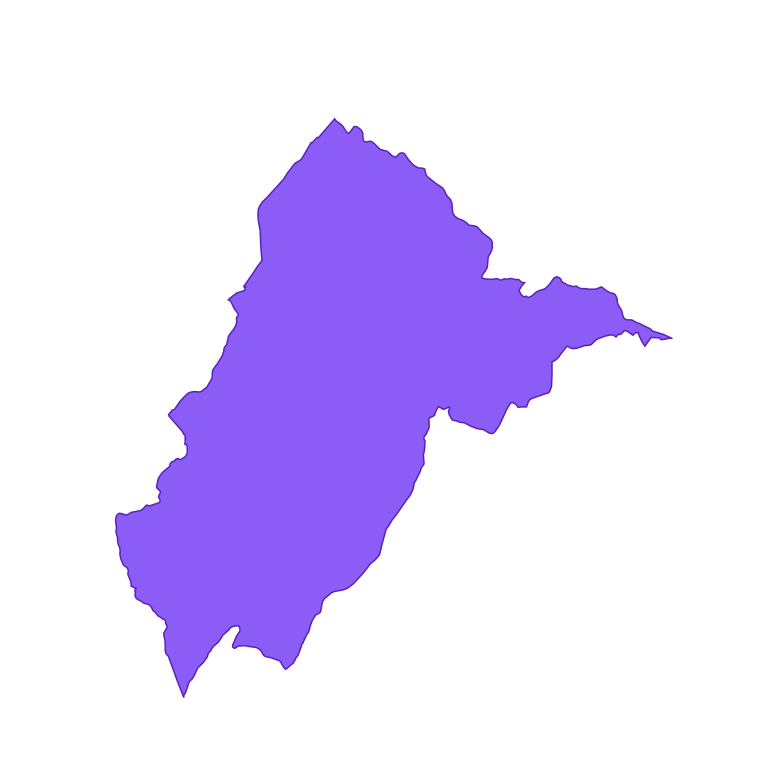 Cucunubá, Cundinamarca, Colombia, rotated 349°
{"feature_id": "7082276B75127006220699", "entity_name": "Cucunubá", "entity_type": "district", "adm_level": 2, "iso_a3": "COL", "parent_name": "Colombia", "parent_adm1": "Cundinamarca", "projection": "robinson", "projection_center": [-73.78, 5.231], "detail": "fine", "context": "isolated", "style": "filled", "palette": "violet", "viewbox_px": 768, "rotation_deg": 349, "n_neighbors": 0, "source": "geoboundaries", "source_scale": "gbopen_adm2", "svg_char_len": 6143}
<svg xmlns="http://www.w3.org/2000/svg" viewBox="0 0 768 768"><g transform="rotate(349 384 384)"><path d="M386.2,114.3L366.6,129.7L365.5,129.1L359.4,133.5L358.5,133.1L346.0,147.5L342.5,149.1L340.0,149.8L337.8,151.1L329.8,158.2L323.9,164.3L304.2,179.0L299.8,181.8L296.1,185.3L293.9,188.7L292.5,193.9L291.8,199.1L291.7,209.7L289.3,225.6L287.8,239.1L286.7,240.5L283.0,243.6L277.2,249.6L264.9,261.6L265.4,262.3L266.6,262.4L265.1,265.1L264.5,265.7L257.1,266.5L251.0,269.4L247.2,271.6L248.4,272.6L249.5,274.2L251.4,281.4L254.3,287.5L254.3,288.1L251.8,290.9L251.3,295.0L249.4,298.7L246.8,301.6L241.2,306.6L239.9,308.6L237.2,315.1L234.5,317.5L233.6,319.0L233.0,321.2L230.1,326.1L224.2,332.4L219.2,336.9L217.9,339.2L216.6,344.5L216.0,345.9L209.5,353.3L204.1,356.1L202.4,356.6L200.5,356.5L197.2,355.4L194.5,355.1L190.8,355.3L187.1,357.3L180.4,362.1L173.5,369.0L170.9,369.3L170.0,370.3L166.7,372.9L166.8,374.4L177.0,392.1L177.7,394.9L179.0,396.3L177.7,403.3L177.0,404.6L177.2,405.4L177.9,405.6L178.7,406.7L178.8,408.6L177.7,414.1L176.5,416.0L174.8,417.5L170.0,419.4L169.3,419.4L168.0,418.1L166.8,417.8L165.4,418.1L163.0,419.8L160.8,419.9L158.9,421.5L157.8,424.0L149.5,428.6L144.8,433.1L142.9,436.8L141.0,442.1L141.0,442.5L143.8,446.4L143.9,447.4L143.6,448.2L141.8,450.4L141.2,451.6L141.2,452.8L141.9,454.3L142.1,455.7L141.8,456.4L140.6,457.6L130.3,458.9L129.8,458.7L129.0,457.9L128.0,457.7L127.0,457.9L123.9,460.4L121.6,461.6L119.2,461.8L111.5,461.8L106.2,463.6L101.3,461.0L99.5,460.4L97.6,461.1L95.8,463.0L94.4,467.0L93.9,474.6L92.9,477.0L92.6,479.2L93.1,483.9L92.6,487.3L92.5,490.8L93.2,493.3L93.3,495.1L93.1,497.6L92.2,500.9L92.4,506.0L93.4,511.1L94.8,513.5L96.6,514.9L97.2,516.9L97.4,519.0L96.7,520.2L96.3,522.3L97.6,529.0L97.6,532.7L97.2,534.3L97.9,534.4L100.6,537.0L101.7,537.2L100.0,539.4L100.0,541.7L99.2,544.5L99.6,546.3L100.8,548.3L104.6,551.2L106.6,553.5L109.7,554.9L111.9,556.5L113.0,558.7L114.1,562.5L115.9,564.5L117.6,568.1L120.2,570.4L122.2,572.7L124.1,573.9L124.1,577.5L124.9,580.6L124.3,582.0L120.4,586.2L120.0,588.6L120.0,595.2L118.4,603.9L118.4,605.4L118.5,607.2L120.4,610.1L124.9,638.8L127.7,653.7L127.9,651.6L129.8,649.6L132.0,646.3L135.3,640.2L136.4,638.9L139.5,636.8L141.4,634.8L147.1,627.1L153.3,623.1L158.5,618.2L160.0,615.0L160.6,614.4L162.8,613.0L164.4,610.9L167.0,608.7L172.1,605.8L175.4,602.7L177.6,600.0L184.7,595.8L187.1,593.8L190.4,593.1L194.7,593.4L195.1,593.8L195.8,595.4L195.8,597.2L195.4,599.0L191.1,603.4L185.7,611.3L185.3,612.5L185.4,613.5L186.1,614.4L187.2,615.0L190.9,613.5L197.5,614.3L201.7,616.0L208.4,618.3L210.2,619.7L212.3,622.3L214.0,627.1L215.3,628.8L219.9,630.7L228.4,635.5L229.4,637.0L231.4,643.0L233.0,645.2L234.1,644.9L239.1,641.9L241.5,640.8L244.1,637.9L245.2,636.1L247.9,633.8L252.9,625.6L253.3,624.0L254.8,623.1L255.7,621.6L260.2,615.5L263.0,612.6L265.9,606.6L268.5,602.4L272.2,598.4L273.6,597.4L275.3,597.2L278.3,595.5L281.4,587.5L282.4,585.6L284.6,583.3L292.7,578.9L295.4,578.2L304.8,578.3L309.2,577.5L316.1,574.1L328.3,565.0L336.5,557.8L341.3,555.2L346.3,551.4L347.7,549.4L351.3,541.3L358.4,526.9L361.8,523.9L365.8,519.2L371.3,514.5L383.9,502.2L388.4,498.2L392.1,493.4L395.0,486.6L396.4,485.3L403.0,476.6L404.4,473.7L408.1,470.0L409.1,461.3L411.4,455.7L413.2,448.6L413.4,447.8L412.8,446.2L412.8,444.4L414.1,442.7L416.4,440.8L416.6,439.9L419.7,436.0L420.5,433.2L421.3,427.5L422.1,426.0L426.4,424.9L427.7,424.2L428.8,422.0L432.6,416.9L433.1,416.7L433.8,417.1L434.3,417.8L435.5,418.3L436.6,419.7L437.9,420.2L440.6,419.8L442.7,419.1L443.6,419.2L444.1,420.0L442.7,421.9L442.0,423.7L442.2,426.6L443.8,431.8L445.1,432.9L448.4,434.1L451.0,436.0L455.5,437.4L461.5,442.3L464.2,443.7L466.4,445.4L472.3,447.5L473.6,448.3L477.6,452.0L479.6,453.0L480.9,453.3L482.1,453.0L484.1,451.7L489.5,446.4L499.4,432.5L503.6,427.9L505.2,426.6L506.8,426.8L509.7,429.2L511.2,432.5L514.4,432.7L519.5,433.7L522.3,429.0L523.8,427.5L525.6,426.7L527.3,426.2L535.9,425.1L538.7,424.5L543.2,424.2L544.9,423.3L545.5,422.7L548.0,418.2L550.6,407.4L553.1,394.4L556.2,393.6L560.1,391.4L562.8,388.7L570.6,382.1L571.3,381.9L574.7,384.7L576.8,385.5L581.0,385.6L587.9,384.6L593.8,385.1L594.9,384.8L600.4,381.3L602.8,380.4L610.3,379.2L615.7,379.1L618.2,379.6L620.7,382.1L623.8,379.8L624.1,380.2L625.2,380.4L626.5,380.1L629.9,377.7L631.2,377.7L632.7,378.5L637.7,383.6L640.5,381.8L643.3,382.1L643.6,385.0L645.3,391.5L647.3,396.6L655.1,389.3L663.3,391.3L663.8,392.5L664.7,393.5L674.1,393.6L675.8,394.5L667.7,388.6L657.2,383.0L656.6,381.4L655.5,380.4L646.5,373.5L644.3,372.4L639.5,368.4L634.4,367.3L633.1,366.3L632.0,364.9L631.6,363.4L631.3,357.1L630.3,354.8L628.8,349.9L628.6,348.8L629.1,344.7L628.0,340.4L626.6,339.0L623.7,337.8L620.0,334.8L617.0,331.1L615.7,330.2L610.6,331.2L608.7,331.1L603.0,330.0L600.3,328.9L595.7,328.0L593.4,326.5L591.4,324.5L588.1,324.5L586.4,323.3L583.2,322.1L580.8,319.7L579.2,318.7L577.8,316.6L577.8,315.7L576.5,313.1L574.5,312.2L574.2,311.6L571.0,312.4L565.2,318.0L561.1,320.7L559.3,321.4L554.8,321.8L552.5,322.3L550.8,322.9L545.3,326.1L542.1,326.6L541.0,325.9L540.5,325.0L538.4,325.1L537.2,324.5L536.1,323.1L535.3,321.2L534.4,317.9L538.1,313.8L541.3,311.4L538.1,310.2L536.9,308.0L536.1,307.2L532.6,306.4L528.3,304.5L524.6,304.6L522.2,303.7L519.7,304.2L517.6,304.1L515.5,302.2L509.5,301.8L503.0,300.0L500.5,298.8L500.4,297.8L501.0,296.2L505.8,291.6L507.6,289.3L510.4,279.6L511.4,277.9L513.0,276.4L515.4,273.0L516.6,270.0L517.3,265.4L516.8,263.1L515.4,260.9L510.0,255.0L505.3,247.3L502.8,246.0L498.3,244.5L497.0,243.6L496.1,241.9L494.2,239.9L492.2,238.2L487.9,235.5L485.4,232.6L484.2,229.6L484.4,225.5L485.2,219.5L484.4,215.4L482.3,212.3L481.0,209.5L480.6,207.1L479.5,203.7L477.9,201.7L472.6,196.4L466.4,189.1L465.2,186.8L465.0,180.8L464.0,180.0L462.6,179.4L459.0,178.5L456.0,176.1L453.7,173.4L450.6,167.9L448.5,162.8L447.7,161.5L446.8,160.9L445.4,160.5L443.7,160.5L439.8,163.0L438.6,163.4L437.6,163.1L435.6,161.6L431.7,156.3L424.9,152.9L419.9,145.6L417.8,143.4L416.1,143.0L412.0,143.0L410.8,142.0L410.1,140.2L411.0,133.8L410.5,131.2L409.3,129.3L406.6,126.4L404.9,125.7L403.7,125.7L398.3,130.5L396.4,131.0L395.9,130.4L392.2,122.1L387.1,116.5L386.2,114.3Z" fill="#8b5cf6" stroke="#5b21b6" stroke-width="1.5"/></g></svg>